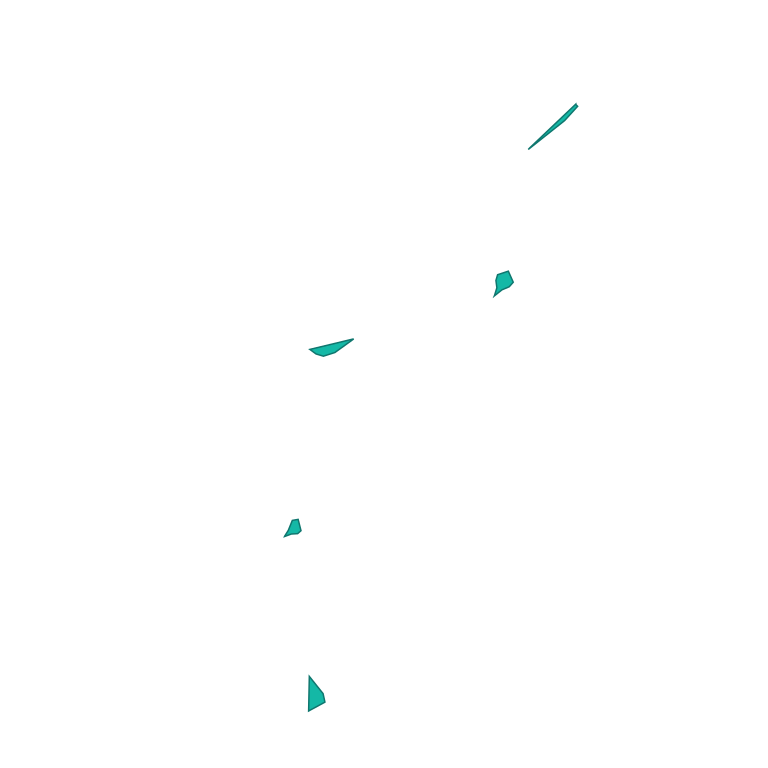 the Atoll of Noonu, rotated 202°
{"feature_id": "MDV-5227", "entity_name": "Noonu", "entity_type": "Atoll", "adm_level": 1, "iso_a3": "MDV", "parent_name": "Maldives", "parent_adm1": "", "projection": "natural_earth1", "projection_center": [73.406, 5.842], "detail": "fine", "context": "isolated", "style": "filled", "palette": "teal", "viewbox_px": 768, "rotation_deg": 202, "n_neighbors": 0, "source": "natural_earth", "source_scale": "10m", "svg_char_len": 674}
<svg xmlns="http://www.w3.org/2000/svg" viewBox="0 0 768 768"><g transform="rotate(202 384 384)"><path d="M331.4,52.6L343.7,84.9L324.5,74.1L319.6,66.9L331.4,52.6ZM465.7,388.3L429.7,414.0L429.0,414.4L441.3,394.8L450.6,387.1L458.3,386.4L465.7,388.3ZM314.7,507.0L314.7,507.6L315.4,515.5L319.0,521.9L319.6,527.7L319.6,527.9L311.0,535.2L302.3,526.8L304.3,521.1L309.9,515.5L314.7,507.0ZM338.1,655.5L337.2,657.8L311.0,715.4L310.8,715.0L309.2,714.3L309.0,714.2L308.5,714.0L315.2,695.9L338.1,655.5ZM419.1,205.3L419.1,205.7L417.9,212.5L417.9,218.7L417.9,223.2L412.9,226.3L406.0,216.9L408.0,212.9L413.7,210.2L419.1,205.3Z" fill="#14b8a6" stroke="#0f766e" stroke-width="1.5"/></g></svg>